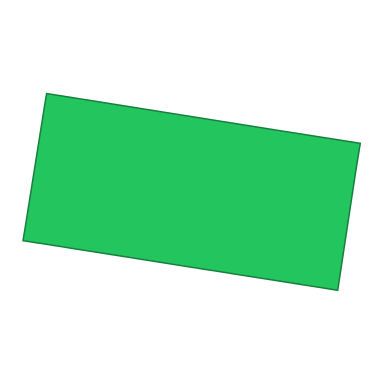 outline of Goshen, Wyoming, United States of America, rotated 99°
{"feature_id": "52423323B4869089026067", "entity_name": "Goshen", "entity_type": "district", "adm_level": 2, "iso_a3": "USA", "parent_name": "United States of America", "parent_adm1": "Wyoming", "projection": "robinson", "projection_center": [-104.151, 42.088], "detail": "fine", "context": "isolated", "style": "filled", "palette": "green", "viewbox_px": 384, "rotation_deg": 99, "n_neighbors": 0, "source": "geoboundaries", "source_scale": "gbopen_adm2", "svg_char_len": 644}
<svg xmlns="http://www.w3.org/2000/svg" viewBox="0 0 384 384"><g transform="rotate(99 192 192)"><path d="M117.5,324.3L117.5,351.0L132.5,351.1L247.0,351.2L266.5,351.3L266.5,342.8L266.5,336.2L266.4,333.4L266.4,328.8L266.4,326.7L266.4,310.6L266.5,299.8L266.4,253.6L266.4,247.3L266.4,244.6L266.4,227.0L266.4,226.1L266.4,220.4L266.4,219.2L266.4,218.2L266.4,213.8L266.4,212.1L266.4,196.0L266.4,195.9L266.4,191.7L266.4,180.8L266.4,178.1L266.3,177.0L266.5,168.0L266.4,167.0L266.3,142.8L266.4,140.2L266.3,66.7L266.3,33.0L266.3,32.8L266.3,32.7L148.1,33.5L117.6,33.4L117.7,117.9L117.5,324.3Z" fill="#22c55e" stroke="#15803d" stroke-width="1.5"/></g></svg>